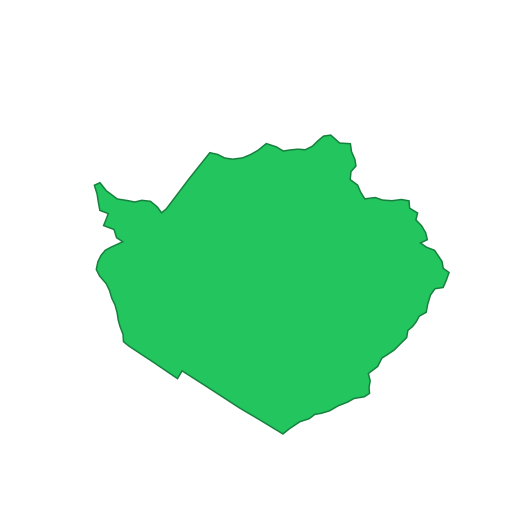 Treviso, Santa Catarina, Brazil, rotated 123°
{"feature_id": "56859067B5615097343728", "entity_name": "Treviso", "entity_type": "district", "adm_level": 2, "iso_a3": "BRA", "parent_name": "Brazil", "parent_adm1": "Santa Catarina", "projection": "natural_earth1", "projection_center": [-49.498, -28.51], "detail": "fine", "context": "isolated", "style": "filled", "palette": "green", "viewbox_px": 512, "rotation_deg": 123, "n_neighbors": 0, "source": "geoboundaries", "source_scale": "gbopen_adm2", "svg_char_len": 1596}
<svg xmlns="http://www.w3.org/2000/svg" viewBox="0 0 512 512"><g transform="rotate(123 256 256)"><path d="M164.7,85.1L164.4,92.2L159.2,97.1L154.0,109.4L155.8,117.8L155.5,125.2L149.0,121.2L144.1,126.4L140.5,133.5L138.6,141.6L131.9,143.9L132.2,153.2L126.4,157.7L129.4,164.8L135.6,172.1L140.2,180.4L142.0,187.8L148.8,195.9L145.5,203.0L141.2,209.4L140.6,218.6L133.5,222.3L126.1,221.2L121.2,225.6L116.5,232.7L110.4,238.0L115.7,247.3L113.9,259.2L118.7,264.7L124.9,266.6L133.2,268.5L140.0,272.5L143.7,279.2L148.8,285.5L153.1,290.3L153.4,298.4L156.1,308.6L166.3,311.9L173.7,315.7L181.0,320.7L187.5,328.3L190.9,335.7L191.7,343.5L194.5,351.0L227.6,354.2L265.4,356.9L271.2,358.8L268.7,365.3L267.6,374.3L271.5,382.1L276.8,387.1L279.5,394.0L283.7,403.3L282.8,417.1L279.5,426.8L284.7,430.1L290.5,423.1L297.2,417.1L302.8,411.8L300.9,403.0L307.1,401.6L313.5,400.4L311.1,389.5L316.6,382.9L316.6,375.5L327.9,382.6L333.2,385.5L339.9,386.3L346.9,385.5L354.3,382.6L358.0,376.2L360.8,366.5L364.7,360.1L370.0,353.9L373.9,347.5L379.2,341.6L384.9,336.5L389.2,331.6L394.1,324.9L400.0,320.5L400.8,313.4L401.0,283.7L401.6,255.1L392.6,255.4L392.4,224.6L392.4,210.8L392.4,194.4L392.4,186.6L391.4,163.6L390.6,136.5L382.6,133.9L371.2,129.0L363.5,122.8L356.8,120.4L352.5,115.7L345.8,110.0L336.9,105.5L328.8,99.7L322.1,96.2L315.0,88.4L309.3,86.0L304.7,89.6L298.6,92.2L293.3,97.8L282.5,93.8L273.1,94.8L266.5,91.8L259.5,88.9L250.6,87.0L242.4,85.2L235.7,88.1L229.8,86.3L224.2,85.8L217.5,86.3L210.5,82.6L202.8,85.8L193.8,88.4L186.0,88.1L180.5,81.9L172.7,83.2L164.7,85.1Z" fill="#22c55e" stroke="#15803d" stroke-width="1.5"/></g></svg>